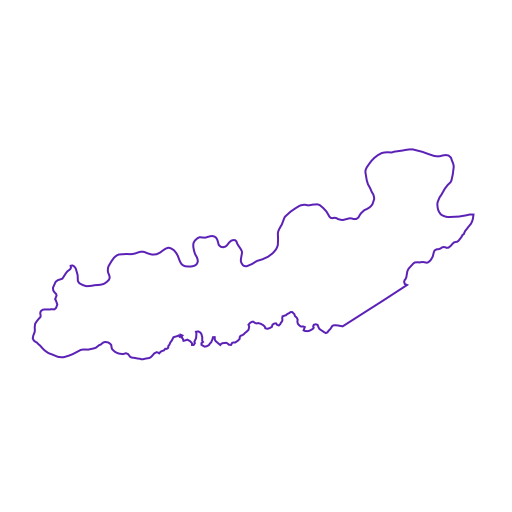 the district of Cutias, Amapá, Brazil, rotated 8°
{"feature_id": "56859067B15199971512565", "entity_name": "Cutias", "entity_type": "district", "adm_level": 2, "iso_a3": "BRA", "parent_name": "Brazil", "parent_adm1": "Amapá", "projection": "mercator", "projection_center": [-50.524, 1.067], "detail": "fine", "context": "isolated", "style": "outline", "palette": "violet", "viewbox_px": 512, "rotation_deg": 8, "n_neighbors": 0, "source": "geoboundaries", "source_scale": "gbopen_adm2", "svg_char_len": 6098}
<svg xmlns="http://www.w3.org/2000/svg" viewBox="0 0 512 512"><g transform="rotate(8 256 256)"><path d="M297.4,198.4L294.5,199.1L292.5,200.0L290.8,201.3L288.5,203.2L284.1,207.2L279.2,213.1L278.7,214.5L277.2,221.2L276.3,223.3L275.1,226.5L274.6,228.5L274.5,230.5L275.5,236.3L276.1,242.0L275.7,244.2L275.0,246.4L273.3,249.3L271.9,251.2L268.1,255.0L262.8,258.4L258.2,260.5L256.7,261.5L253.3,264.4L248.7,267.2L247.4,267.6L245.5,267.5L244.3,266.9L242.9,265.4L241.9,263.8L241.6,262.5L241.5,260.5L241.7,254.4L241.1,252.9L239.8,251.1L236.9,247.9L235.5,246.1L234.6,244.3L233.3,243.3L231.6,243.3L229.6,244.1L228.5,245.2L227.5,246.4L225.6,249.7L224.3,251.0L222.2,251.9L219.9,251.8L217.6,250.3L215.8,246.1L215.1,244.9L214.0,243.5L212.4,242.6L210.3,242.3L208.5,242.6L205.3,243.9L203.6,244.8L201.5,245.1L197.7,245.2L195.7,246.4L193.5,249.0L192.8,250.4L192.3,252.0L192.3,253.6L192.7,255.9L193.3,257.7L193.9,259.4L195.3,262.4L197.7,265.6L198.5,267.2L199.1,269.2L198.9,270.9L198.2,272.6L196.8,273.9L195.4,274.7L192.5,275.6L189.5,275.9L187.2,276.0L185.0,275.4L183.3,274.3L182.1,272.9L181.1,271.4L178.6,266.8L176.8,264.4L174.3,262.0L173.1,261.3L171.3,260.5L169.8,260.1L168.0,260.0L166.2,260.9L165.0,261.7L162.7,263.8L160.5,266.0L157.3,268.1L153.5,269.0L152.0,269.0L148.1,268.4L145.5,267.7L143.7,267.5L141.8,267.7L140.3,268.2L138.1,269.2L136.0,270.3L132.9,271.4L130.4,271.8L127.6,272.0L120.0,273.6L118.2,274.7L116.7,276.2L115.6,277.5L113.6,281.3L111.4,286.6L111.1,288.5L111.3,291.3L112.0,293.3L113.0,294.9L113.9,296.8L114.1,298.4L113.7,300.0L112.1,302.1L110.3,303.9L108.8,305.0L106.0,306.1L103.2,306.8L100.5,307.3L97.6,308.3L94.4,309.1L91.9,309.5L88.7,308.9L86.8,308.3L84.8,307.5L83.1,305.6L82.0,299.7L79.7,294.4L78.9,293.0L77.2,291.5L75.5,290.9L73.8,291.5L74.4,293.5L73.8,295.0L71.3,297.5L70.2,299.4L67.4,305.4L63.0,307.6L61.2,309.4L59.4,315.5L59.6,316.9L60.1,318.4L61.4,319.9L63.4,321.5L64.0,322.9L63.1,326.8L64.0,327.8L66.0,331.7L65.2,335.3L63.8,336.9L60.7,337.2L59.1,337.7L54.3,338.3L52.5,338.8L50.9,340.1L50.3,341.6L50.4,343.1L51.0,344.8L51.1,346.3L49.3,348.9L47.9,351.3L46.7,353.9L46.8,357.6L47.3,360.0L47.4,362.0L46.5,365.9L46.4,368.7L47.7,370.6L49.2,371.5L51.0,372.2L52.8,373.6L54.7,374.8L57.5,377.2L58.8,378.2L60.7,379.4L63.2,380.7L65.0,381.3L67.5,381.8L73.7,383.4L76.2,383.4L78.8,383.2L80.8,382.5L84.6,380.7L88.3,378.6L95.5,373.4L97.7,372.7L103.0,372.0L107.9,370.2L110.1,369.2L113.2,366.0L114.5,365.4L116.7,363.0L118.3,362.2L120.0,362.1L121.7,362.2L123.6,363.1L125.0,364.2L125.8,366.9L126.5,368.3L128.4,369.7L129.7,370.5L131.6,371.2L133.7,371.7L137.7,371.7L139.0,371.2L140.7,370.4L142.9,370.9L145.6,373.5L147.3,373.9L149.6,373.8L153.4,374.0L155.4,373.9L156.9,374.2L158.3,374.0L160.9,373.0L164.7,371.8L165.9,370.8L166.8,369.7L168.8,366.6L171.0,365.1L172.5,365.3L173.7,365.9L174.8,364.2L175.9,363.3L178.1,362.2L179.0,360.5L180.5,360.4L181.8,359.2L181.7,357.3L182.6,355.9L183.2,353.5L184.3,351.6L185.6,347.9L189.2,346.3L190.7,345.3L191.6,346.7L193.4,346.3L195.0,348.1L196.0,350.1L197.7,349.4L199.7,348.4L202.5,349.5L203.9,350.5L204.8,351.5L205.0,353.0L206.6,352.8L207.6,350.8L206.9,349.6L208.1,345.6L207.8,341.0L207.1,339.4L209.3,338.7L211.4,339.5L212.7,340.7L214.1,344.0L214.5,347.4L215.5,348.5L214.1,350.0L214.4,351.6L217.7,352.9L219.4,352.4L220.8,351.5L221.9,350.6L222.5,349.1L223.6,347.8L224.5,344.3L224.7,342.4L226.4,342.1L226.8,344.5L227.9,345.9L233.0,349.1L233.8,347.8L235.0,347.0L238.7,346.1L240.2,346.7L241.4,347.6L243.7,347.5L244.5,345.3L246.0,344.7L247.4,344.6L249.9,342.3L251.3,340.4L251.2,338.5L251.8,337.2L253.7,336.2L255.0,334.9L255.9,333.6L257.4,332.1L258.9,330.1L259.1,326.8L258.1,325.1L259.4,323.1L261.0,321.8L262.3,321.4L264.3,322.4L266.0,322.7L267.5,322.1L270.2,322.5L272.8,323.5L274.5,324.7L275.3,326.3L277.5,326.5L279.6,325.5L281.6,323.9L281.9,321.7L283.4,320.4L285.2,319.9L286.6,321.3L288.3,321.6L289.5,320.1L290.0,318.5L290.8,317.3L291.1,315.8L290.6,313.8L290.7,312.0L294.0,310.4L295.0,309.1L296.6,308.1L298.1,306.7L299.7,306.5L302.1,308.3L303.0,310.1L304.9,311.4L306.1,313.2L306.1,315.3L306.9,317.3L309.0,319.0L310.5,319.6L312.6,319.2L314.2,319.6L313.5,323.0L315.2,323.5L317.5,323.2L318.9,322.8L320.0,322.1L322.3,320.4L323.1,319.0L322.4,317.7L322.8,316.1L324.7,315.3L326.5,315.6L328.6,319.1L330.0,320.0L332.2,321.0L333.7,321.8L335.9,322.6L337.4,321.7L338.1,320.2L339.9,317.7L341.3,314.6L342.7,313.8L344.4,313.5L346.7,313.4L351.6,313.6L388.8,281.8L409.6,263.7L407.2,263.0L406.3,261.0L406.5,259.3L407.3,258.0L407.8,256.3L408.0,250.0L408.5,248.4L409.0,247.1L413.0,241.3L414.4,240.2L417.0,239.7L419.1,239.6L420.6,239.0L422.5,238.7L426.0,238.9L427.5,238.2L429.4,236.0L430.6,233.3L431.1,231.8L431.6,227.4L432.1,225.7L433.8,224.3L436.0,223.8L437.8,222.8L438.9,221.7L440.5,221.0L442.0,221.0L443.7,221.4L445.5,220.9L447.5,218.8L448.8,216.7L450.1,215.1L451.5,214.4L453.2,213.9L454.3,212.9L456.2,209.7L457.0,208.1L457.6,206.4L458.8,205.3L459.1,203.8L459.7,202.0L461.0,199.9L461.9,198.2L464.4,194.1L465.2,191.6L465.6,189.0L465.6,184.7L461.8,185.2L458.7,186.4L451.5,188.7L440.9,190.7L438.7,190.7L436.1,190.2L434.0,189.5L432.9,188.8L431.2,186.9L430.1,185.2L429.2,183.0L428.4,179.8L428.3,178.1L428.7,175.9L429.7,172.2L431.1,169.5L433.6,163.1L436.0,158.9L438.3,156.0L439.0,154.1L439.5,148.0L439.4,140.3L439.0,138.6L438.1,136.5L436.8,134.3L435.3,131.4L432.7,129.7L430.1,129.6L427.3,130.3L424.2,131.6L421.7,132.1L418.4,132.1L412.8,131.1L406.3,129.7L396.3,128.6L393.1,129.1L389.5,130.1L386.0,131.3L378.2,133.5L376.0,134.6L371.4,135.0L368.2,135.8L366.1,136.6L362.6,139.2L359.3,142.6L357.1,145.7L355.1,149.3L353.3,152.9L352.7,155.0L352.5,156.5L352.8,158.2L355.1,165.5L356.9,169.4L359.5,172.8L361.8,176.6L363.5,178.6L364.7,181.2L365.1,183.3L364.1,188.6L362.8,190.8L361.2,192.5L359.2,194.1L356.9,195.5L354.0,199.1L353.1,200.9L352.2,203.3L351.3,204.4L350.0,205.4L347.8,205.8L345.3,205.5L343.5,205.6L337.2,208.2L335.7,208.4L331.8,208.0L330.5,207.3L328.4,207.2L326.4,207.9L324.8,207.9L323.2,206.8L320.9,203.8L319.4,202.0L315.7,199.0L312.0,196.7L309.6,196.3L305.1,197.2L301.3,198.5L299.7,198.6L297.4,198.4ZM193.4,346.3L192.7,344.6L194.2,345.0L193.4,346.3Z" fill="none" stroke="#5b21b6" stroke-width="2"/></g></svg>